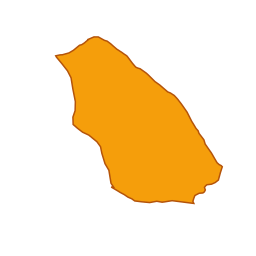 Mayo-Binder, Mayo-Kebbi Ouest, Chad (Mercator projection), rotated 42°
{"feature_id": "50815135B24188788926450", "entity_name": "Mayo-Binder", "entity_type": "district", "adm_level": 2, "iso_a3": "TCD", "parent_name": "Chad", "parent_adm1": "Mayo-Kebbi Ouest", "projection": "mercator", "projection_center": [14.472, 9.854], "detail": "fine", "context": "isolated", "style": "filled", "palette": "amber", "viewbox_px": 256, "rotation_deg": 42, "n_neighbors": 0, "source": "geoboundaries", "source_scale": "gbopen_adm2", "svg_char_len": 1587}
<svg xmlns="http://www.w3.org/2000/svg" viewBox="0 0 256 256"><g transform="rotate(42 128 128)"><path d="M224.0,93.7L222.4,93.6L220.9,94.0L220.2,94.2L218.9,94.2L217.4,94.2L212.6,92.7L210.2,91.9L206.8,90.8L201.6,89.6L196.1,88.3L192.3,86.0L188.2,85.2L184.4,84.5L183.1,83.8L182.1,83.2L178.8,82.8L174.3,81.4L170.8,80.4L161.3,76.7L160.4,76.5L151.8,74.5L146.3,73.5L146.1,73.4L145.8,73.4L144.2,73.2L140.7,72.9L136.1,73.6L133.3,74.6L127.9,74.7L122.9,74.8L117.7,75.4L117.1,75.5L113.4,75.3L107.3,75.0L104.9,75.0L98.7,75.7L97.2,75.9L96.9,76.1L96.0,76.5L95.0,77.0L92.9,77.6L87.8,76.9L85.8,76.5L84.3,76.2L79.2,75.2L77.8,75.3L76.1,75.6L72.4,76.0L70.8,76.3L69.2,76.5L67.0,76.9L62.2,77.0L59.0,77.0L54.4,77.4L51.9,78.6L49.8,79.1L45.0,80.2L44.0,81.1L43.1,81.9L42.1,82.8L41.8,83.0L39.1,88.8L39.4,88.8L38.9,92.0L38.7,93.8L37.9,96.9L36.6,99.0L35.4,107.0L35.2,107.5L33.9,111.7L30.2,117.5L28.6,119.1L26.0,122.7L27.4,123.2L35.7,124.4L44.8,126.0L52.1,128.8L60.8,135.8L71.2,143.6L77.1,150.5L79.8,156.8L84.9,162.1L90.8,162.0L97.1,161.5L103.6,159.5L114.1,159.0L120.1,160.3L125.5,164.3L134.8,169.9L142.1,172.2L152.3,180.4L156.9,181.6L155.0,183.1L163.0,181.5L165.3,181.1L169.8,180.0L174.2,179.4L178.2,178.1L181.8,177.7L187.4,173.8L194.0,168.9L198.4,163.2L203.0,160.3L204.3,158.8L209.4,152.5L227.4,140.0L225.3,139.1L223.9,136.1L222.9,133.4L223.5,131.7L223.9,130.6L224.6,128.8L225.4,128.0L226.8,126.5L227.1,126.2L227.5,124.3L226.9,122.3L225.1,121.3L224.5,120.9L224.4,118.9L224.6,117.4L227.7,113.8L228.5,112.0L229.3,110.2L230.0,106.2L226.6,99.5L224.0,93.7Z" fill="#f59e0b" stroke="#b45309" stroke-width="1.5"/></g></svg>